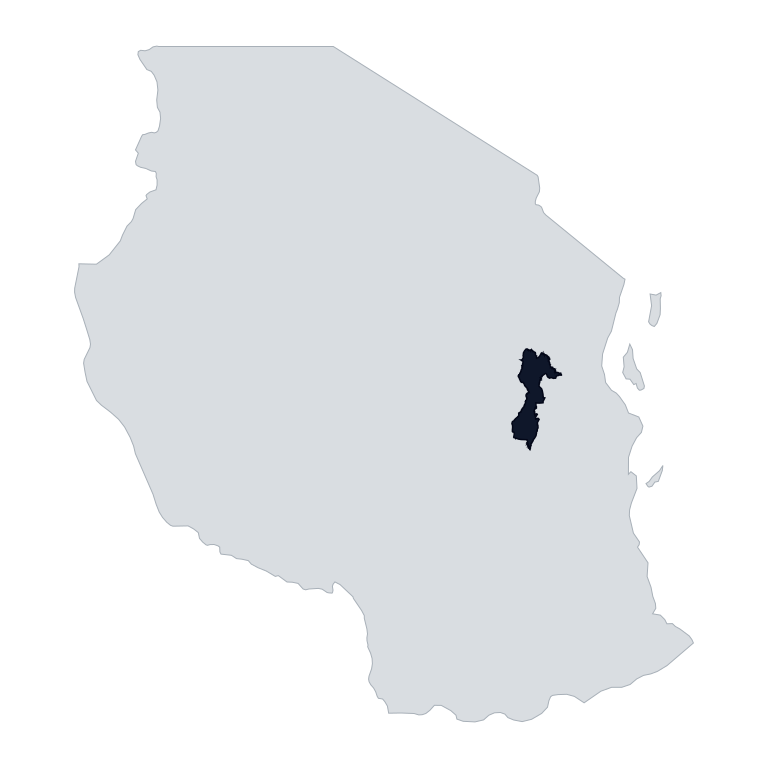 location of Mvomero, Morogoro, United Republic of Tanzania
{"feature_id": "72390352B62121337619186", "entity_name": "Mvomero", "entity_type": "district", "adm_level": 2, "iso_a3": "TZA", "parent_name": "United Republic of Tanzania", "parent_adm1": "Morogoro", "projection": "robinson", "projection_center": [37.562, -6.599], "detail": "fine", "context": "in_parent", "style": "filled", "palette": "ink", "viewbox_px": 768, "rotation_deg": 0, "n_neighbors": 0, "source": "geoboundaries", "source_scale": "gbopen_adm2", "svg_char_len": 9634}
<svg xmlns="http://www.w3.org/2000/svg" viewBox="0 0 768 768"><path d="M275.3,576.4L266.2,571.0L258.0,567.7L251.3,564.1L248.3,560.6L241.9,559.2L236.5,558.6L231.4,555.3L221.0,554.1L219.9,551.9L219.7,547.1L217.9,545.8L214.1,544.5L210.0,544.6L207.5,545.3L206.1,544.9L202.7,542.1L199.5,538.4L198.3,532.6L193.6,528.9L188.1,525.9L172.9,526.2L170.5,525.3L166.9,522.4L162.6,517.5L159.2,512.0L156.2,504.4L153.0,494.2L135.4,453.7L133.6,446.0L130.2,437.5L124.6,427.0L118.6,419.3L110.6,412.2L101.4,405.2L96.5,400.5L87.0,381.4L85.1,372.4L83.6,363.2L84.2,359.4L90.0,347.5L90.5,344.1L89.8,339.6L86.9,330.1L83.2,318.5L75.6,297.5L74.6,292.2L74.7,288.2L79.0,266.8L78.9,263.8L96.4,264.2L109.2,254.9L120.3,240.9L122.5,235.1L127.0,226.1L131.4,221.6L133.1,218.5L135.7,209.6L141.5,203.5L147.2,198.9L146.0,195.6L146.8,194.4L149.9,192.0L156.0,189.8L157.1,185.1L157.1,179.8L156.1,176.8L156.3,173.4L155.4,171.5L151.4,171.0L145.6,168.4L140.6,167.3L137.3,165.7L136.1,164.6L135.5,161.4L138.3,153.2L135.5,149.9L141.6,136.3L142.7,134.7L144.9,134.4L148.4,133.0L151.7,132.3L154.3,132.9L156.3,132.3L158.0,130.8L159.5,126.2L160.6,118.5L160.0,112.2L157.4,107.4L156.7,100.0L157.9,90.1L157.0,81.9L154.2,75.3L151.3,71.4L146.9,69.6L140.0,59.5L137.9,54.7L138.3,51.6L140.7,50.3L145.1,50.8L149.2,49.6L153.0,46.9L156.8,46.1L158.7,46.5L333.3,46.5L537.2,175.3L538.1,176.9L539.7,188.0L539.4,191.7L536.2,198.1L535.3,201.5L535.3,203.8L536.0,204.7L538.7,205.1L541.0,206.6L541.8,207.8L543.6,212.6L545.8,215.0L623.2,278.2L625.0,279.2L623.9,284.5L619.5,297.3L619.3,302.7L617.5,309.0L615.9,313.1L611.4,331.2L607.7,338.0L602.6,353.9L601.7,366.0L604.5,374.5L605.6,382.5L611.5,390.3L616.3,393.1L619.5,396.6L625.3,404.8L628.5,413.0L638.8,417.0L642.9,426.1L641.4,432.4L636.6,437.7L632.1,446.1L628.5,457.3L628.4,474.3L630.9,471.7L636.3,475.9L637.0,488.4L631.4,503.0L629.6,509.8L629.3,515.6L633.4,533.1L639.5,542.0L639.1,544.8L637.5,547.1L648.0,562.8L647.1,576.5L651.0,587.2L652.8,596.4L655.4,603.5L655.8,608.3L652.6,613.8L660.3,615.1L664.8,619.6L666.9,623.8L672.4,623.6L675.4,626.5L679.8,628.9L689.3,636.0L691.9,639.6L693.4,643.0L667.1,665.5L657.6,671.3L650.8,673.9L643.5,675.4L636.6,679.0L630.1,684.5L621.8,687.3L611.6,687.3L600.9,691.2L584.1,702.8L574.4,696.4L566.7,694.3L557.9,694.6L552.5,695.4L550.6,696.7L548.9,700.7L547.5,707.2L541.7,713.4L531.6,719.3L522.2,721.6L513.7,720.0L507.9,717.6L504.9,714.1L500.4,712.5L494.5,712.8L488.9,715.2L483.6,719.9L475.0,721.9L463.2,721.3L456.9,719.1L456.0,715.2L450.8,710.6L441.3,705.4L434.4,705.3L429.9,710.3L425.8,713.5L422.2,714.7L418.8,714.9L414.1,713.5L401.0,713.0L388.7,713.2L387.4,706.0L384.8,701.6L382.6,699.0L378.4,698.3L377.2,696.3L375.7,691.8L373.6,688.0L370.8,684.8L369.1,681.8L368.6,679.1L369.0,676.2L371.6,668.8L372.4,663.7L372.1,658.5L370.6,653.2L367.7,646.8L368.0,645.0L367.0,640.7L366.9,637.7L367.5,633.9L366.9,628.9L364.3,618.3L364.3,615.6L361.6,610.5L353.4,598.4L353.0,596.8L340.1,584.6L334.9,581.9L333.1,584.2L332.4,586.3L333.0,590.2L332.6,592.2L332.1,593.1L329.1,592.9L327.1,592.5L322.2,589.2L318.4,588.4L309.0,589.0L305.7,589.8L303.1,589.0L298.1,583.4L292.2,582.2L287.0,582.0L278.3,575.6L275.3,576.4ZM640.2,372.6L644.4,386.0L643.9,388.5L640.9,390.1L639.3,390.2L637.4,388.0L636.1,383.5L633.8,384.6L630.0,379.2L626.1,378.9L622.7,372.5L624.1,366.8L623.3,357.2L627.4,352.3L629.8,344.1L632.5,349.7L633.1,358.5L636.7,368.9L640.2,372.6ZM660.8,292.6L661.1,295.8L660.2,298.8L660.4,308.3L660.1,314.7L656.9,323.4L654.3,326.5L652.0,325.6L650.1,324.2L648.6,321.8L651.6,305.7L650.1,294.0L656.1,295.1L660.8,292.6ZM652.0,486.2L649.0,487.1L647.8,486.3L646.0,483.6L649.2,481.4L652.3,477.0L659.5,470.7L662.9,465.5L662.3,470.5L658.3,481.4L654.8,482.1L652.0,486.2Z" fill="#d9dde1" stroke="#a8b0b8" stroke-width="1"/><path d="M518.7,374.8L518.6,375.3L518.3,375.7L518.3,376.4L518.6,377.1L519.1,377.4L519.4,378.8L519.7,379.2L520.7,381.6L521.1,382.0L521.8,382.4L522.2,382.5L522.9,382.3L523.6,383.0L524.6,384.9L524.9,385.3L524.7,385.6L527.9,389.2L527.4,389.7L529.1,392.0L528.9,392.2L528.6,392.4L528.7,392.5L528.3,392.5L528.1,392.9L527.9,392.8L527.7,393.1L527.5,393.4L527.2,393.6L527.2,393.8L527.1,393.6L527.1,393.9L526.9,393.8L526.9,394.0L526.6,394.0L526.4,394.2L526.5,394.5L526.2,394.6L526.0,395.4L526.1,395.7L526.2,396.1L526.1,396.5L526.2,396.8L526.5,397.0L526.7,397.7L527.0,397.6L527.2,398.1L526.8,399.0L526.7,398.9L526.7,399.5L526.0,400.5L525.9,400.4L525.7,400.5L525.6,401.2L525.3,401.5L525.4,402.1L525.6,402.4L525.4,403.0L525.4,403.4L525.0,403.8L525.0,404.1L524.6,404.6L524.6,405.0L524.3,405.1L524.2,405.4L524.4,405.9L524.1,406.1L523.9,406.9L523.3,407.3L523.2,407.7L522.9,407.8L523.0,407.8L522.3,408.5L522.0,409.3L521.8,409.5L521.6,410.2L521.4,410.2L521.3,410.8L521.1,411.0L520.9,411.8L520.5,411.9L520.5,412.2L520.3,412.2L519.9,412.5L519.2,412.7L518.7,413.1L518.7,413.8L518.8,415.1L518.6,415.6L518.6,416.0L517.7,416.7L517.7,417.1L516.9,417.5L516.2,418.2L515.4,418.7L515.3,419.3L514.4,419.9L514.2,420.8L513.4,421.0L512.4,421.7L512.0,423.1L511.9,423.9L512.3,424.4L512.6,426.0L512.6,427.8L512.4,429.7L512.6,431.1L512.4,431.0L512.4,431.5L512.8,432.0L514.1,432.3L514.2,432.7L514.2,434.6L513.7,437.2L513.9,437.6L515.0,437.8L515.6,438.5L515.8,438.1L518.6,439.1L521.1,439.5L526.9,439.7L526.8,440.0L527.4,440.8L527.7,441.7L527.1,442.5L527.5,442.8L526.9,443.3L527.1,443.4L527.1,443.6L527.3,443.6L527.3,443.8L527.1,443.7L527.2,444.0L527.6,444.0L527.2,444.4L527.9,444.3L527.9,444.5L528.1,444.6L528.0,444.8L527.8,444.7L527.5,444.9L527.7,445.4L528.1,445.3L527.9,445.0L528.2,445.2L528.0,446.2L528.5,446.2L528.5,446.4L528.0,446.8L528.6,446.9L528.7,447.2L528.5,447.3L528.5,447.7L529.0,447.6L529.0,447.8L528.7,448.2L529.4,448.6L529.5,448.6L529.5,448.8L529.8,449.6L530.0,449.7L530.2,448.9L530.1,448.6L530.2,448.4L529.9,448.2L530.0,448.0L530.4,448.0L530.4,447.9L530.2,447.6L530.4,447.2L530.2,447.1L530.5,446.7L530.1,446.5L530.3,446.4L530.4,445.8L531.1,445.4L531.0,444.6L530.8,443.9L531.3,443.6L531.4,443.0L531.8,442.5L532.0,442.6L532.2,442.0L532.7,441.5L532.9,440.8L533.2,440.4L533.1,440.0L533.3,439.5L533.6,439.0L534.1,438.9L536.0,435.7L536.4,433.4L536.5,433.2L536.3,432.7L536.7,431.8L537.1,431.3L537.3,430.3L537.2,429.5L538.0,427.9L537.9,425.3L537.8,425.0L537.3,424.9L537.5,423.0L537.3,422.6L538.3,420.9L539.1,419.3L538.0,418.3L537.4,418.6L536.7,418.7L536.6,419.1L535.7,419.2L535.5,418.0L535.8,416.8L537.3,414.4L537.0,414.0L536.6,413.9L535.8,413.9L535.1,414.6L534.8,415.2L534.5,414.3L534.4,412.7L534.8,412.2L534.8,411.9L533.9,411.1L534.5,410.0L534.5,409.3L535.0,408.3L535.1,408.2L535.6,408.7L536.4,408.1L536.4,406.8L535.9,406.8L536.1,406.6L535.8,403.0L539.3,403.1L542.2,402.9L543.1,402.7L542.9,401.8L544.8,397.9L543.1,397.6L543.2,396.1L543.0,395.8L543.0,394.5L542.3,390.8L541.6,388.8L539.2,386.5L538.9,385.9L539.1,385.2L539.0,384.8L539.2,384.5L539.1,384.2L539.2,383.9L539.3,383.5L539.2,383.0L539.7,382.7L539.5,382.0L539.8,381.5L539.8,380.7L540.1,380.5L540.1,380.3L540.3,380.2L540.1,380.0L540.2,379.9L540.6,379.9L540.4,379.7L540.8,379.4L540.6,379.2L541.2,379.0L541.0,378.7L541.3,378.6L540.8,377.6L540.5,377.5L541.2,377.0L541.8,376.9L542.1,376.6L541.9,376.0L542.1,375.6L542.8,375.4L545.4,373.5L545.8,373.5L546.7,374.3L546.8,374.9L547.1,375.3L547.1,376.0L547.6,376.2L547.8,376.9L548.0,377.3L548.6,377.5L549.0,377.4L549.2,377.9L549.5,377.8L549.6,378.1L551.3,377.6L552.0,377.8L552.4,378.1L552.9,378.0L553.7,378.4L554.4,378.2L555.6,378.2L555.7,377.7L556.0,377.2L556.3,376.1L557.1,375.8L557.6,375.5L557.9,375.6L558.7,375.4L559.1,374.5L559.8,375.1L561.4,375.1L561.4,374.6L560.8,373.8L560.4,373.8L560.6,373.4L560.4,373.4L560.2,373.1L559.7,373.3L559.1,373.2L557.8,372.4L556.9,372.6L555.7,372.2L555.5,372.4L555.6,371.9L554.8,371.9L554.9,371.7L555.4,371.7L555.6,371.5L555.5,371.3L555.5,370.8L554.8,370.9L554.8,370.7L555.1,370.2L554.6,370.0L554.6,369.8L555.0,369.3L554.3,369.3L554.6,369.0L554.5,368.8L553.1,368.5L552.9,368.0L552.6,368.5L552.0,368.7L551.9,368.2L552.1,368.2L552.3,367.8L552.0,367.7L551.9,367.4L551.7,367.6L551.4,367.4L551.3,367.6L550.6,367.6L550.8,367.2L550.5,366.4L550.5,366.2L550.1,365.7L549.7,364.7L550.0,364.5L549.6,364.3L549.8,363.8L549.6,363.2L549.4,363.0L549.6,362.7L549.2,362.0L549.1,361.3L548.8,361.4L548.3,361.1L548.5,360.5L548.4,359.9L549.5,359.5L549.4,359.2L549.6,359.1L549.4,358.7L549.5,358.4L549.0,358.2L548.9,357.9L548.9,357.6L548.6,357.7L548.8,357.4L548.1,357.2L548.4,356.9L548.2,356.6L547.5,356.4L547.6,356.2L547.3,356.0L547.1,356.0L546.8,355.7L546.9,355.4L546.1,355.1L545.9,354.8L545.6,354.7L545.2,355.0L545.0,354.9L544.8,355.0L544.8,354.9L544.6,354.9L544.5,355.2L544.3,354.4L543.4,354.6L543.4,354.2L543.2,354.1L543.5,353.6L542.8,353.6L542.8,353.1L542.6,353.4L542.0,353.7L541.6,353.5L541.6,353.2L541.4,353.0L540.9,353.8L540.7,354.7L540.3,355.0L539.7,356.1L538.4,357.5L536.8,358.4L536.6,358.3L536.5,357.5L536.6,356.1L536.3,356.1L535.9,355.4L535.4,355.1L535.5,353.5L535.3,352.5L534.9,352.4L534.7,352.5L533.5,351.3L532.8,351.6L532.2,350.3L531.7,350.1L531.5,349.7L531.2,350.2L530.7,350.0L530.6,350.4L530.5,350.1L530.1,350.2L529.7,350.1L529.6,350.3L529.4,350.2L528.9,349.9L528.6,350.5L528.4,350.3L528.1,350.3L527.9,349.4L527.6,349.3L527.4,349.5L527.1,349.0L526.7,349.2L526.4,349.0L526.0,349.1L524.6,350.8L523.5,352.7L523.3,354.1L523.3,354.9L523.1,355.5L523.4,357.1L523.2,357.9L522.5,359.1L522.1,359.6L521.5,360.0L521.0,360.0L521.5,360.3L521.8,360.7L523.0,361.2L523.0,362.3L522.6,363.8L522.8,364.8L522.2,365.1L521.8,365.6L522.1,365.9L522.0,366.5L522.3,366.5L522.2,366.7L522.4,366.8L522.4,367.1L521.9,367.3L522.1,368.0L522.3,368.3L522.2,368.5L522.0,368.4L522.0,368.8L521.5,369.3L521.0,370.5L521.1,371.5L520.7,371.7L520.6,372.2L520.3,372.5L520.3,372.8L519.8,373.4L519.6,374.3L519.2,374.7L518.7,374.8Z" fill="#0f172a" stroke="#020617" stroke-width="1.5"/></svg>